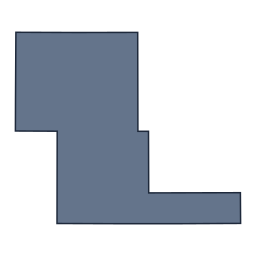 the district of Renville, North Dakota, United States of America
{"feature_id": "52423323B29134210824643", "entity_name": "Renville", "entity_type": "district", "adm_level": 2, "iso_a3": "USA", "parent_name": "United States of America", "parent_adm1": "North Dakota", "projection": "orthographic", "projection_center": [-101.622, 48.729], "detail": "fine", "context": "isolated", "style": "filled", "palette": "slate", "viewbox_px": 256, "rotation_deg": 0, "n_neighbors": 0, "source": "geoboundaries", "source_scale": "gbopen_adm2", "svg_char_len": 302}
<svg xmlns="http://www.w3.org/2000/svg" viewBox="0 0 256 256"><path d="M15.5,100.3L15.4,131.0L57.2,131.2L57.0,223.5L118.1,223.7L179.4,223.7L240.6,223.4L240.4,192.7L148.7,192.9L148.5,131.3L137.9,131.3L137.7,32.4L76.6,32.5L15.9,32.3L15.5,100.3Z" fill="#64748b" stroke="#1e293b" stroke-width="1.5"/></svg>